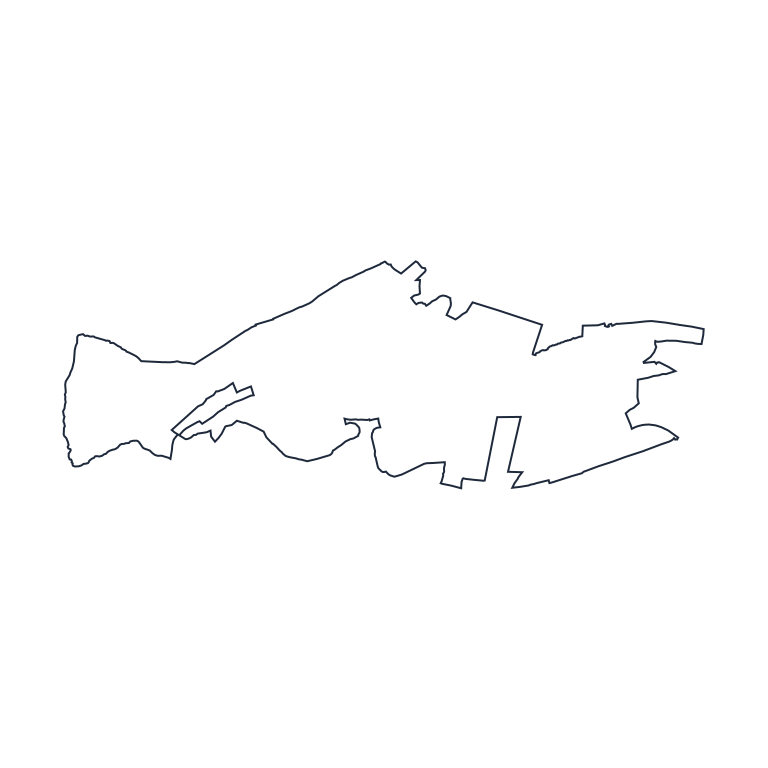 Dumesti, Iasi, Romania (orthographic projection), rotated 82°
{"feature_id": "2599482B70214300511260", "entity_name": "Dumesti", "entity_type": "district", "adm_level": 2, "iso_a3": "ROU", "parent_name": "Romania", "parent_adm1": "Iasi", "projection": "orthographic", "projection_center": [27.344, 47.173], "detail": "fine", "context": "isolated", "style": "outline", "palette": "slate", "viewbox_px": 768, "rotation_deg": 82, "n_neighbors": 0, "source": "geoboundaries", "source_scale": "gbopen_adm2", "svg_char_len": 6151}
<svg xmlns="http://www.w3.org/2000/svg" viewBox="0 0 768 768"><g transform="rotate(82 384 384)"><path d="M414.4,509.8L420.4,507.9L427.7,502.8L427.7,502.3L431.0,499.5L435.5,496.4L437.7,494.4L438.6,494.1L441.6,491.4L443.2,488.0L445.4,481.5L446.8,478.6L447.4,476.3L449.8,470.8L448.9,461.0L446.9,447.7L446.3,446.4L445.1,445.0L442.7,443.7L442.2,442.1L440.1,438.4L438.6,435.0L435.6,430.2L433.9,424.9L433.7,422.0L431.8,416.8L430.6,416.5L428.8,415.1L427.6,414.7L424.3,414.6L423.1,415.1L419.9,417.4L419.1,418.4L417.6,423.1L418.5,427.4L412.8,427.9L414.0,425.0L414.8,421.7L415.1,416.9L415.9,414.5L416.1,411.5L417.3,405.7L417.0,403.4L418.1,403.2L417.6,399.3L417.4,394.5L421.0,394.5L426.4,393.7L426.4,397.1L427.0,399.0L427.7,400.3L428.5,401.1L429.9,401.6L431.0,402.6L434.8,403.6L449.6,402.2L451.3,402.8L454.0,403.0L455.4,402.5L464.8,401.7L466.6,401.3L470.2,398.6L471.0,397.3L471.2,396.2L471.0,394.3L473.7,392.4L475.1,391.0L477.2,386.8L477.0,384.5L476.1,378.9L468.6,355.3L468.4,352.5L469.0,347.0L469.9,334.7L472.4,335.0L475.6,336.3L478.9,336.6L480.1,337.1L480.9,338.0L483.0,338.1L488.6,340.6L490.1,341.7L490.8,340.6L494.1,331.3L498.0,322.1L491.7,320.8L488.8,319.3L488.4,318.6L489.3,316.5L491.5,307.9L493.6,299.1L493.6,297.7L432.6,276.5L435.6,253.2L488.2,273.4L490.6,259.4L493.9,262.8L495.3,264.1L496.4,264.7L500.6,268.7L504.6,271.4L504.8,263.7L504.6,254.7L504.1,253.1L503.9,249.5L503.4,246.5L502.2,234.3L505.1,234.0L504.9,231.5L501.3,210.4L499.9,200.4L498.7,198.6L495.3,183.1L492.7,168.4L489.9,155.5L486.6,137.0L482.2,117.4L480.8,109.9L480.0,107.4L479.1,105.6L478.0,104.3L479.6,103.4L479.4,102.5L479.8,101.5L478.0,100.2L469.6,109.0L465.3,115.5L462.8,120.7L461.0,127.2L460.7,130.7L460.6,133.7L461.1,138.4L461.7,141.3L462.9,144.8L458.4,145.6L446.7,148.7L443.8,144.3L442.4,140.2L438.6,134.4L432.4,134.9L415.1,132.1L414.6,121.5L413.6,115.8L413.7,110.6L412.9,106.9L413.4,103.2L411.8,93.7L406.9,99.6L400.8,108.4L400.6,109.4L401.0,109.9L400.8,110.6L401.9,111.6L399.7,113.0L399.3,123.7L398.3,123.9L394.3,116.3L390.0,112.0L385.2,109.2L382.7,109.9L380.0,109.7L379.1,109.3L380.2,107.7L380.5,104.2L380.4,98.3L381.9,88.4L384.3,80.3L386.2,72.3L386.8,71.3L387.9,67.8L388.6,64.0L379.8,61.0L374.1,59.8L370.0,71.4L366.8,82.5L362.5,96.2L358.9,110.2L358.4,116.2L358.0,129.1L357.0,144.2L356.7,145.3L358.2,149.9L356.1,150.6L356.5,153.0L357.2,153.7L358.3,153.2L358.5,153.5L358.6,154.4L358.5,155.0L357.3,157.2L356.4,156.9L354.7,157.3L355.6,164.2L353.9,179.0L364.3,181.0L364.5,182.5L364.4,183.8L365.5,188.6L365.3,189.4L364.9,189.7L365.3,191.2L365.8,191.8L366.4,193.5L366.2,194.1L366.6,195.3L366.3,196.3L366.8,197.2L366.6,198.3L367.5,200.9L367.7,203.3L368.3,204.1L368.3,206.4L369.0,207.2L368.9,208.3L369.5,210.6L369.1,211.5L369.8,213.4L369.9,214.5L371.5,216.8L372.4,217.1L372.6,218.0L373.0,218.7L373.0,220.9L372.7,221.3L372.6,222.4L372.9,223.6L373.1,224.4L374.1,225.5L374.7,228.9L375.0,229.4L376.5,229.9L376.2,230.9L375.3,232.6L373.6,232.1L347.4,219.2L326.9,260.8L315.5,284.9L324.1,292.3L326.0,296.9L328.1,300.2L330.0,304.2L324.4,312.4L316.0,307.1L313.3,306.5L309.5,306.6L308.2,306.4L305.7,310.1L304.8,312.5L304.6,314.1L305.2,317.0L307.6,320.8L308.8,324.8L310.6,327.5L312.4,331.3L310.3,332.3L309.8,334.1L308.6,335.0L308.5,337.9L308.6,338.8L309.6,340.9L307.4,342.5L302.5,345.1L300.6,341.9L300.2,337.5L299.4,335.8L291.9,335.2L286.1,333.9L285.6,337.6L278.4,327.7L277.1,326.9L275.1,327.2L274.1,330.3L268.9,333.4L268.0,334.1L267.0,335.6L277.0,351.7L272.8,356.7L271.1,358.4L268.6,360.2L266.6,360.7L266.5,362.4L266.3,362.7L265.3,364.1L263.2,365.6L262.9,366.1L264.1,369.6L264.2,370.4L264.8,370.9L267.8,381.3L268.9,386.4L270.0,388.9L272.2,396.6L273.9,401.2L274.1,403.0L276.0,410.4L277.7,414.3L279.5,417.2L280.0,418.9L288.0,436.8L292.3,443.6L293.7,446.7L296.1,455.0L296.0,455.9L296.8,458.9L298.9,465.2L300.7,472.9L304.0,484.7L304.6,484.7L307.3,502.9L308.3,502.7L309.4,507.3L311.5,511.7L312.0,513.6L319.1,528.6L323.4,536.9L337.9,569.0L336.1,574.0L336.0,575.5L335.4,576.9L334.8,580.8L332.7,585.7L332.9,588.1L332.7,592.9L331.5,600.7L327.6,621.2L324.0,623.7L321.8,625.8L317.2,632.4L316.2,634.4L315.5,634.7L314.3,635.8L313.1,638.1L312.4,638.9L311.0,639.6L309.3,642.2L306.1,645.7L305.5,646.8L305.3,649.2L303.3,649.8L302.4,652.2L302.5,653.3L301.7,654.4L297.6,663.7L296.5,664.9L296.1,668.5L294.9,670.8L294.8,673.3L292.7,675.2L293.1,679.4L293.3,680.0L294.6,681.2L300.7,682.2L303.2,683.9L307.4,685.5L318.4,687.9L325.1,690.5L329.1,693.0L331.5,694.1L337.3,698.9L340.4,699.8L348.0,700.3L350.0,701.5L352.6,701.3L354.2,701.8L358.0,701.8L359.6,702.7L363.6,703.7L366.4,705.6L370.5,705.5L371.7,704.9L375.3,706.4L377.3,706.6L378.3,706.1L381.6,706.0L382.9,707.0L389.3,708.2L390.9,707.9L393.5,706.1L397.6,705.1L400.5,704.8L402.3,706.0L403.3,705.8L404.1,705.3L404.9,703.6L405.3,703.4L406.3,703.6L408.5,705.3L408.8,705.9L412.2,706.4L414.8,705.8L415.2,705.3L415.2,704.5L415.9,704.1L417.3,703.8L418.2,704.3L419.3,703.3L420.5,703.7L421.6,703.4L422.7,701.6L423.0,697.6L422.5,694.9L421.3,692.6L421.4,691.1L421.2,688.3L420.7,687.6L418.9,686.4L417.2,683.4L416.9,681.7L415.4,680.1L415.5,678.3L416.2,675.9L415.8,673.0L414.6,670.9L414.5,669.2L412.7,666.9L411.9,664.8L411.3,661.9L411.2,659.9L410.9,658.8L409.9,656.7L407.3,653.6L406.9,652.1L407.1,649.5L406.7,648.2L406.9,644.8L405.6,643.3L405.3,640.2L405.7,636.8L406.3,635.7L407.5,634.7L413.6,631.6L414.6,630.3L417.2,625.3L420.4,622.8L422.4,620.7L423.6,618.1L424.1,614.1L427.1,607.6L428.5,605.9L419.8,603.2L415.0,602.1L410.4,600.3L409.1,599.3L405.2,595.2L402.6,598.3L400.0,600.6L380.2,571.2L378.8,566.3L375.3,562.6L374.3,562.2L371.1,554.2L367.9,551.2L368.2,549.6L366.7,542.9L362.0,533.5L371.9,530.9L370.6,527.2L367.9,516.1L377.0,514.6L377.0,517.5L379.8,527.3L381.0,534.0L383.2,539.8L383.7,542.8L384.0,543.5L385.2,544.0L388.8,552.2L392.5,557.7L398.0,569.4L398.1,569.6L395.2,571.8L395.8,574.3L400.4,586.0L402.3,589.2L406.3,593.9L410.7,588.6L411.1,587.7L411.1,586.3L410.6,584.0L410.0,582.4L408.1,579.5L408.2,577.2L407.4,575.9L407.2,575.2L407.1,566.4L406.0,562.3L412.1,562.5L417.6,559.4L414.4,555.4L410.7,551.7L404.2,547.2L403.8,546.4L403.5,541.1L403.2,540.1L399.9,534.8L402.9,528.6L402.8,528.0L403.7,525.8L409.8,516.2L414.4,509.8Z" fill="none" stroke="#1e293b" stroke-width="2"/></g></svg>